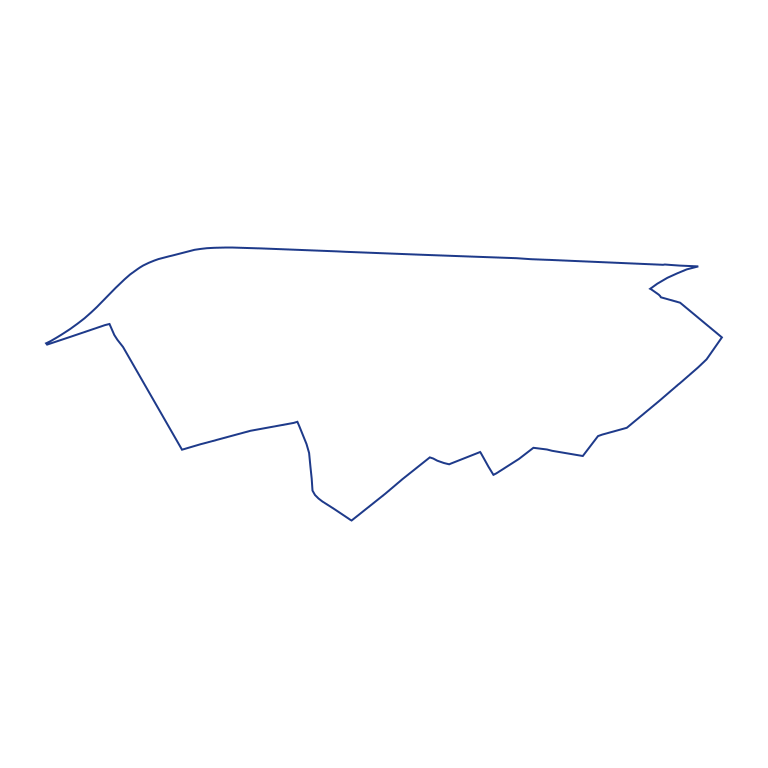 outline of Durbe, Durbes, Latvia
{"feature_id": "27541924B82522110143581", "entity_name": "Durbe", "entity_type": "district", "adm_level": 2, "iso_a3": "LVA", "parent_name": "Latvia", "parent_adm1": "Durbes", "projection": "equal_earth", "projection_center": [21.377, 56.585], "detail": "fine", "context": "isolated", "style": "outline", "palette": "blue", "viewbox_px": 768, "rotation_deg": 0, "n_neighbors": 0, "source": "geoboundaries", "source_scale": "gbopen_adm2", "svg_char_len": 1482}
<svg xmlns="http://www.w3.org/2000/svg" viewBox="0 0 768 768"><path d="M47.1,344.6L70.8,336.7L105.0,325.1L109.5,324.0L114.3,335.0L117.4,339.8L122.9,346.8L123.1,347.1L182.0,449.7L201.0,444.1L203.8,443.4L250.4,430.8L291.0,423.4L293.7,422.9L297.4,421.8L299.5,426.7L306.5,444.0L309.1,453.0L310.4,466.4L311.7,478.7L312.5,490.6L315.0,495.0L318.5,498.5L322.4,501.5L334.5,509.2L349.0,518.9L350.3,519.8L351.6,520.5L385.3,493.7L402.5,479.1L429.8,457.4L433.2,458.5L437.3,460.7L443.9,463.0L446.3,463.6L449.2,464.3L450.3,463.8L479.7,452.2L480.1,452.0L480.6,452.6L483.8,458.3L488.4,466.6L493.4,474.8L496.1,473.5L519.0,458.9L533.4,447.8L547.0,449.5L552.1,450.8L582.2,455.9L582.8,456.0L598.0,436.1L602.2,434.6L626.8,427.8L658.9,401.2L678.3,384.5L679.6,383.5L698.0,367.5L706.6,359.3L721.9,337.4L680.1,302.7L660.9,297.3L660.1,296.0L658.7,294.6L651.3,289.4L650.2,288.8L657.3,283.7L667.4,277.8L677.1,273.4L686.7,269.4L698.3,266.4L679.9,265.6L669.9,264.9L664.8,264.5L663.1,264.8L579.6,261.2L549.8,259.9L546.6,259.8L531.0,259.2L516.6,258.2L513.9,258.1L469.1,256.5L420.2,254.7L345.5,251.8L337.6,251.4L260.7,248.4L256.8,248.3L231.3,247.5L227.2,247.5L214.3,247.8L206.9,248.2L200.8,248.9L194.6,249.8L172.1,255.6L169.1,256.3L158.4,259.1L154.2,260.6L148.8,262.8L143.2,265.5L139.9,267.5L137.7,269.0L130.2,274.4L124.6,279.3L115.6,287.9L96.8,307.1L91.6,312.0L84.5,318.3L77.5,323.7L69.9,329.2L61.4,334.7L56.5,337.7L50.8,341.0L47.0,342.9L46.1,343.3L47.1,344.6Z" fill="none" stroke="#1e3a8a" stroke-width="2"/></svg>